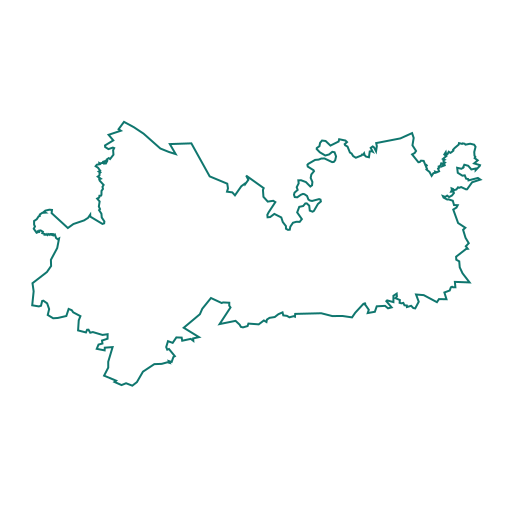 outline of Umzinyathi, KwaZulu-Natal, South Africa, rotated 271°
{"feature_id": "47623444B41861303399053", "entity_name": "Umzinyathi", "entity_type": "district", "adm_level": 2, "iso_a3": "ZAF", "parent_name": "South Africa", "parent_adm1": "KwaZulu-Natal", "projection": "equal_earth", "projection_center": [30.717, -28.61], "detail": "fine", "context": "isolated", "style": "outline", "palette": "teal", "viewbox_px": 512, "rotation_deg": 271, "n_neighbors": 0, "source": "geoboundaries", "source_scale": "gbopen_adm2", "svg_char_len": 6069}
<svg xmlns="http://www.w3.org/2000/svg" viewBox="0 0 512 512"><g transform="rotate(271 256 256)"><path d="M127.6,116.7L124.6,123.8L126.5,128.3L124.2,134.6L127.8,139.1L138.4,145.0L146.1,156.2L146.5,163.6L148.2,169.3L147.6,171.6L149.4,170.7L148.6,173.5L153.6,175.2L154.4,176.6L161.5,170.6L160.8,168.9L163.4,167.8L169.3,169.5L167.7,174.2L173.2,177.8L173.1,183.1L170.0,183.7L172.0,192.2L170.1,194.8L172.5,194.6L173.9,200.4L183.0,185.0L196.8,200.9L202.3,203.2L213.2,211.7L208.4,222.5L209.0,223.9L208.8,230.1L205.9,230.1L204.1,231.4L187.3,220.8L190.8,236.7L187.1,240.8L184.9,242.1L184.4,244.2L185.8,248.8L188.3,249.6L187.7,259.9L191.7,265.0L190.2,267.6L192.6,268.0L194.4,270.6L195.3,275.8L198.2,279.4L200.1,283.5L197.1,284.3L196.7,287.9L195.3,290.5L196.5,294.8L196.0,296.0L198.8,296.2L199.9,322.2L197.3,333.2L197.5,343.8L196.3,353.1L201.0,356.2L210.0,364.2L210.9,366.6L209.7,364.9L209.2,366.1L204.2,369.7L200.9,368.7L202.3,375.8L207.8,377.6L208.4,385.9L206.0,388.9L207.0,392.5L213.1,387.1L213.9,387.9L212.3,394.2L218.6,394.1L220.8,397.3L218.0,397.6L216.3,396.1L214.5,400.6L211.7,400.4L211.2,402.3L211.7,404.1L209.3,405.3L209.1,407.7L207.6,407.8L208.9,412.0L206.7,414.2L206.4,416.1L213.1,419.5L220.3,416.7L219.8,424.4L213.0,437.7L216.1,439.7L216.1,447.2L222.8,445.0L224.9,450.3L228.1,451.4L228.7,452.6L228.2,453.4L228.2,455.9L233.6,455.3L233.3,470.0L242.3,462.8L248.2,459.9L254.2,459.3L255.8,456.3L258.8,456.1L266.7,465.9L266.9,467.6L269.4,465.6L272.5,468.5L277.8,465.2L285.8,462.6L287.9,464.8L292.5,457.5L305.9,452.4L307.9,455.6L310.3,456.8L310.4,453.1L314.7,451.8L316.0,447.5L315.8,446.2L317.7,442.5L319.2,441.8L318.4,444.1L319.7,446.1L318.3,448.0L319.9,450.9L322.4,452.8L323.8,452.3L323.7,449.9L325.3,450.7L327.0,450.4L326.4,451.9L325.2,452.4L326.0,455.2L328.2,456.8L327.7,457.8L328.5,459.9L326.3,464.9L326.4,465.9L333.5,470.8L336.3,479.0L337.9,476.5L335.3,467.1L336.6,466.8L337.0,464.7L340.3,463.3L339.9,461.0L342.7,456.3L347.7,455.6L346.8,459.8L348.1,462.0L347.7,462.7L348.2,462.0L348.2,461.5L350.9,462.7L349.9,466.6L346.3,469.8L347.3,474.1L345.6,474.1L349.9,478.1L350.7,478.4L352.4,472.5L355.5,476.0L357.7,472.9L358.9,473.6L360.1,472.7L363.8,472.4L369.0,473.6L371.1,472.2L372.0,468.2L371.0,463.5L371.9,462.6L372.2,460.6L371.7,460.1L372.4,457.0L370.9,456.7L367.5,452.8L365.7,451.2L364.8,451.5L363.1,449.5L362.5,448.5L363.6,446.9L361.1,445.6L360.6,444.4L363.1,443.9L360.8,442.5L359.2,444.5L356.3,441.2L355.5,442.8L354.9,441.7L353.3,442.0L352.7,443.3L351.9,442.4L350.0,443.1L349.1,440.9L350.5,441.9L351.8,440.5L351.9,439.6L349.4,438.8L348.7,437.1L347.3,437.5L346.6,436.5L343.9,437.6L342.9,435.5L343.5,433.6L342.3,433.9L342.0,432.0L339.2,430.2L343.1,428.0L345.5,424.9L346.2,425.4L348.3,424.4L349.5,425.2L350.2,424.4L350.0,423.7L354.0,422.0L354.2,419.3L352.8,418.1L352.6,416.7L360.3,410.3L361.7,412.8L363.8,414.2L369.4,410.5L376.8,411.6L381.6,409.9L376.1,398.3L371.0,374.2L368.0,374.9L362.8,374.2L366.6,372.2L367.6,370.8L366.1,368.8L362.4,370.8L362.8,370.0L362.5,367.9L356.7,367.2L357.3,364.3L358.6,362.9L360.6,362.3L359.1,361.3L359.3,360.3L358.4,359.8L356.0,354.1L357.6,351.4L360.1,349.8L361.1,348.1L367.0,345.6L368.3,343.2L369.4,342.7L371.5,345.0L373.0,343.4L374.2,337.1L371.9,336.6L367.7,328.5L372.2,323.6L372.6,320.0L370.2,318.1L366.9,317.5L365.0,314.9L364.0,314.8L360.8,318.0L357.7,323.5L358.8,327.3L361.5,330.5L361.1,332.7L357.0,334.3L353.1,333.5L351.4,332.1L351.2,330.5L354.7,322.8L354.6,319.6L353.5,317.0L353.1,313.4L349.0,306.6L348.0,305.8L346.3,306.2L342.8,312.0L341.8,312.5L338.5,309.9L335.0,309.3L331.0,311.1L327.7,310.8L326.4,309.1L330.8,304.6L332.5,299.8L332.4,297.0L329.4,297.4L325.5,295.5L322.8,296.5L320.0,293.4L317.9,292.9L315.6,293.7L315.4,296.2L318.0,299.8L318.9,301.9L318.6,303.4L316.9,306.0L313.4,307.4L312.4,309.0L312.0,311.1L314.0,318.1L313.5,319.5L311.6,319.9L309.1,317.0L302.1,313.1L301.3,311.8L302.3,309.0L307.3,308.3L309.5,305.8L309.4,304.4L306.8,302.3L305.9,298.4L300.3,296.4L293.7,301.2L290.9,299.1L290.9,295.7L289.9,292.4L285.9,289.8L282.9,289.3L282.7,287.5L283.8,285.5L286.4,285.4L290.4,282.2L295.0,280.6L298.4,273.6L295.2,269.5L294.9,266.9L297.3,266.6L299.8,267.8L310.2,274.4L311.5,272.3L310.6,266.8L315.3,262.4L322.2,261.8L324.0,262.5L336.2,244.8L332.0,247.0L327.4,243.8L328.1,243.5L325.5,240.1L316.3,233.9L319.2,231.2L319.8,225.9L323.1,226.8L327.8,226.0L334.8,208.3L367.5,189.4L366.4,167.9L356.5,173.9L358.5,167.1L361.8,158.5L376.4,141.4L382.6,131.7L387.8,121.7L380.4,116.4L378.9,118.7L374.6,106.5L369.1,111.3L363.9,103.1L362.3,103.3L360.3,106.6L361.9,111.0L361.4,112.3L359.3,111.3L354.8,111.7L350.4,108.4L351.3,107.1L349.9,105.1L349.0,105.5L348.3,103.6L347.9,105.3L345.9,104.3L345.8,102.5L347.2,102.6L347.4,101.5L346.3,100.9L346.2,99.5L345.5,98.9L346.2,97.7L345.0,97.8L344.5,95.3L343.0,94.1L341.5,96.5L338.6,98.7L337.7,97.3L336.8,98.9L336.0,98.1L333.9,98.1L332.6,96.4L330.6,99.4L330.0,97.9L328.6,98.4L324.4,102.4L322.5,101.3L320.4,101.8L318.4,100.4L314.4,100.4L313.6,99.9L313.5,98.4L311.7,98.2L310.6,96.2L307.8,98.7L302.7,98.0L300.2,99.2L299.1,98.3L295.6,100.7L291.8,101.1L287.9,103.8L286.0,103.6L285.4,101.9L292.5,89.6L294.4,89.5L291.2,87.4L288.6,83.5L284.8,72.9L280.7,67.4L295.3,50.9L298.5,51.2L298.7,48.6L297.7,44.6L296.6,43.3L295.7,44.8L295.4,41.5L293.7,39.1L292.2,39.1L291.9,38.0L288.9,36.1L287.1,33.5L283.4,33.6L281.7,34.5L279.4,33.3L275.4,36.2L275.9,37.4L276.8,37.4L276.4,38.8L277.6,38.8L277.8,40.3L276.5,42.5L275.1,41.9L274.2,44.6L273.6,44.4L273.6,46.1L274.2,46.6L273.3,47.3L274.3,48.4L273.6,49.4L274.4,50.0L274.4,52.1L273.5,51.6L273.0,53.2L274.0,54.5L270.5,55.8L269.3,57.4L270.1,58.8L260.5,57.1L248.6,51.0L242.4,51.3L236.3,47.2L224.9,33.0L216.8,34.3L202.8,33.1L201.8,39.8L202.5,41.9L207.3,43.0L207.6,44.2L205.0,48.0L199.3,50.1L193.4,48.8L190.2,54.3L190.6,59.0L192.7,67.4L199.8,69.6L198.6,72.7L196.5,74.2L192.8,81.5L188.6,79.9L178.5,79.4L176.6,87.3L179.3,88.4L179.4,89.8L176.4,91.6L177.1,94.2L174.4,103.9L175.2,109.0L170.7,109.0L168.8,103.5L165.8,104.0L164.7,100.1L160.4,98.4L159.0,106.3L161.7,106.4L162.4,114.2L147.7,110.1L141.8,110.2L133.7,106.2L128.9,118.3L127.6,116.7Z" fill="none" stroke="#0f766e" stroke-width="2"/></g></svg>